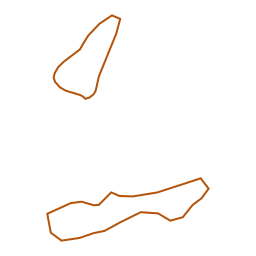 SVG path tracing the border of Dili
{"feature_id": "TLS-541", "entity_name": "Dili", "entity_type": "District", "adm_level": 1, "iso_a3": "TLS", "parent_name": "East Timor", "parent_adm1": "", "projection": "orthographic", "projection_center": [125.612, -8.381], "detail": "fine", "context": "isolated", "style": "outline", "palette": "amber", "viewbox_px": 256, "rotation_deg": 0, "n_neighbors": 0, "source": "natural_earth", "source_scale": "10m", "svg_char_len": 663}
<svg xmlns="http://www.w3.org/2000/svg" viewBox="0 0 256 256"><path d="M47.4,213.7L70.8,203.1L81.8,201.7L93.5,205.2L98.8,204.9L111.2,192.4L119.6,196.0L133.0,196.4L157.5,192.4L200.7,178.3L208.6,188.7L201.5,198.3L192.7,204.9L182.8,217.2L171.3,220.4L170.4,220.7L158.1,213.4L140.7,212.2L119.9,222.5L104.5,230.9L93.7,233.1L79.3,238.0L61.5,240.6L57.3,237.5L50.8,232.7L48.0,217.9L47.4,213.7ZM83.3,43.5L88.3,35.5L99.6,23.6L112.0,15.4L120.2,18.9L116.3,33.5L98.8,76.6L95.7,90.6L93.7,94.2L89.5,97.5L85.3,98.8L83.4,96.8L80.4,95.1L65.8,90.7L59.9,87.3L55.1,81.9L53.6,77.5L54.8,73.0L58.3,67.0L64.0,61.5L80.0,49.3L83.3,43.5Z" fill="none" stroke="#b45309" stroke-width="2"/></svg>